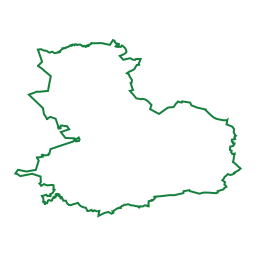 Irlavas pag., Tukums, Latvia (Natural Earth projection)
{"feature_id": "27541924B56900525469147", "entity_name": "Irlavas pag.", "entity_type": "district", "adm_level": 2, "iso_a3": "LVA", "parent_name": "Latvia", "parent_adm1": "Tukums", "projection": "natural_earth1", "projection_center": [22.976, 56.86], "detail": "fine", "context": "isolated", "style": "outline", "palette": "green", "viewbox_px": 256, "rotation_deg": 0, "n_neighbors": 0, "source": "geoboundaries", "source_scale": "gbopen_adm2", "svg_char_len": 5549}
<svg xmlns="http://www.w3.org/2000/svg" viewBox="0 0 256 256"><path d="M240.6,168.5L237.9,166.3L236.5,164.8L234.0,162.6L232.9,162.1L233.5,160.2L233.9,156.9L234.5,153.6L233.9,153.8L234.0,153.9L232.3,154.0L231.4,152.4L231.1,152.1L231.4,151.8L231.6,150.7L229.9,149.9L230.1,147.8L230.2,146.6L233.1,146.0L233.5,145.2L234.4,144.4L234.6,143.5L233.0,143.3L233.2,142.1L231.9,141.7L231.8,139.7L235.1,139.1L234.4,137.6L235.8,135.9L235.4,135.8L235.5,135.7L233.7,132.4L234.1,129.1L233.4,128.3L232.5,126.8L226.5,124.3L227.3,120.1L227.2,120.2L223.3,120.3L216.3,118.8L213.5,117.3L210.9,115.2L205.4,109.9L205.6,109.5L197.2,107.6L191.5,105.4L190.1,102.6L182.2,101.4L181.8,102.5L179.8,102.2L177.9,101.5L176.9,102.8L175.9,103.7L173.7,106.9L172.6,107.2L169.2,107.4L167.5,107.9L159.1,113.9L156.5,112.6L150.1,109.1L151.5,105.0L148.1,101.4L145.6,99.6L144.1,99.2L142.0,98.8L141.5,99.2L136.3,98.4L133.7,95.1L129.9,90.9L133.0,90.0L131.8,86.7L130.6,83.0L131.6,82.7L132.0,80.1L129.4,76.1L129.1,74.5L126.9,73.2L129.8,71.4L132.2,70.4L134.4,69.1L135.5,67.0L136.8,65.0L138.4,64.8L139.0,65.0L139.2,64.8L138.7,63.8L140.6,59.0L135.9,59.0L135.1,59.9L132.2,59.5L131.3,58.7L130.5,58.3L129.7,58.3L123.3,59.8L119.8,55.9L123.1,54.6L125.6,53.0L126.5,51.8L125.9,49.6L125.1,48.2L124.7,47.7L122.5,45.8L121.7,45.5L120.9,46.9L118.0,46.9L116.4,46.8L115.6,46.4L116.4,45.6L117.1,45.5L117.0,45.2L118.8,45.0L118.9,44.0L115.8,43.2L114.8,42.3L114.6,40.9L113.0,40.1L109.9,44.9L101.5,43.1L92.9,43.3L91.8,43.2L91.5,43.0L91.1,43.2L91.0,43.5L91.1,43.9L90.4,44.4L89.8,44.6L89.1,44.6L88.2,45.0L88.7,45.2L88.7,45.7L87.8,45.6L87.9,46.2L87.3,46.3L87.2,46.3L87.2,45.9L86.7,45.8L85.8,46.1L85.7,46.3L86.0,46.8L85.9,46.9L85.7,47.0L84.4,45.9L83.8,45.9L83.1,46.5L82.8,46.4L82.2,46.1L81.6,45.3L80.7,45.0L80.6,44.7L80.3,44.6L79.5,44.5L78.6,44.8L77.8,44.8L77.3,45.0L77.0,44.8L76.6,44.8L76.0,44.3L75.7,44.5L75.4,44.4L75.3,44.7L74.3,44.8L74.2,45.1L73.8,44.8L73.6,44.6L72.8,44.9L72.3,44.6L72.1,44.7L71.9,45.2L71.7,44.9L70.9,45.3L71.2,45.6L71.0,45.8L70.2,45.5L69.7,45.7L69.5,46.0L68.0,47.0L66.0,47.4L65.9,47.5L66.1,47.7L65.8,48.0L64.6,48.3L63.9,47.9L63.8,48.0L63.8,48.4L63.2,48.6L62.7,48.5L62.8,48.8L61.6,49.5L60.6,50.7L59.8,51.0L59.6,51.3L59.1,51.6L59.3,51.7L59.8,51.7L59.9,51.8L59.9,52.1L59.7,52.2L59.1,52.2L58.4,52.5L57.8,52.3L57.7,52.5L55.0,53.2L54.7,53.2L52.5,51.9L52.1,51.8L51.6,51.8L49.8,52.6L49.4,52.6L48.5,52.2L46.6,50.9L43.6,50.4L41.0,49.2L37.9,49.6L42.1,61.8L38.0,65.8L38.0,66.0L41.0,67.9L43.2,69.6L44.2,70.8L45.1,71.4L50.8,76.2L49.5,82.6L48.8,86.8L48.7,86.8L48.5,87.8L48.3,89.6L48.0,90.9L39.2,91.8L36.9,91.6L33.5,93.0L30.0,94.2L28.9,94.7L43.0,108.2L43.9,113.9L46.7,118.3L46.9,119.1L47.5,119.0L47.7,118.4L50.3,116.9L55.6,118.7L58.1,126.0L58.1,126.7L58.5,126.7L58.6,127.1L58.2,127.8L58.6,128.6L60.6,128.3L60.5,126.4L61.1,125.5L65.7,126.1L67.1,126.1L67.5,127.0L69.2,129.2L60.8,132.1L65.5,138.0L74.1,138.3L76.4,139.3L77.6,138.2L78.7,137.5L79.6,139.5L78.9,141.0L75.9,141.4L75.6,141.1L75.7,140.7L73.9,140.4L73.4,141.4L73.2,141.5L59.3,146.1L50.5,149.1L49.4,153.6L48.7,153.7L48.8,154.4L48.4,155.0L44.9,155.4L42.6,154.7L41.9,155.0L42.8,156.6L38.7,157.5L37.7,157.3L36.9,157.4L37.0,157.8L38.7,160.6L35.8,169.9L26.3,171.5L18.0,169.8L15.4,173.5L16.4,173.7L17.7,174.3L20.3,176.1L32.2,173.8L34.0,174.4L40.6,176.5L40.6,177.4L40.7,178.5L40.7,180.8L40.8,180.9L40.9,182.3L39.4,183.6L40.9,185.1L41.2,185.8L44.0,184.1L47.1,185.4L52.4,184.9L53.5,185.2L53.6,185.8L53.6,187.1L53.5,188.0L53.3,189.3L54.6,189.6L54.4,190.2L52.5,193.1L50.2,194.2L50.7,195.8L50.4,196.1L48.4,195.8L47.8,196.2L47.1,195.8L46.4,194.7L43.9,195.6L41.9,195.9L42.1,196.5L43.2,197.9L43.4,200.0L43.5,200.4L43.1,201.4L43.2,201.7L43.3,202.0L43.8,201.8L44.6,201.8L44.8,201.9L44.6,202.3L44.6,203.5L44.8,204.0L45.1,204.0L45.4,203.5L45.9,203.0L46.9,203.3L47.2,203.1L47.7,201.3L48.1,200.5L48.5,200.2L49.0,200.1L51.2,200.8L51.8,200.6L52.1,200.4L52.1,199.6L52.4,198.8L53.0,198.1L53.4,198.0L53.8,198.2L54.1,198.0L53.7,197.5L53.8,197.2L54.7,197.4L55.4,197.3L55.4,197.0L54.8,196.6L55.8,196.4L56.6,195.5L56.8,195.3L56.8,194.9L55.9,194.8L55.7,194.5L56.0,194.2L57.3,193.8L59.4,194.5L59.6,194.9L59.4,195.1L58.7,195.6L58.6,195.9L59.1,196.2L59.9,196.6L60.8,196.8L60.7,197.1L60.4,197.3L60.3,197.6L60.5,198.1L60.8,198.4L61.6,197.8L62.0,197.6L63.3,200.7L65.9,200.7L66.3,201.6L67.2,203.4L68.9,205.0L71.0,205.1L72.2,204.6L78.0,202.9L79.4,205.0L81.0,206.2L83.3,207.2L86.0,207.9L87.4,211.0L88.7,210.9L91.6,209.9L91.7,210.0L91.6,210.7L92.7,211.1L93.4,211.1L93.7,210.7L94.6,210.3L95.5,210.9L96.1,211.1L97.5,211.3L99.3,210.9L98.4,215.9L104.7,212.9L108.4,212.0L111.4,213.7L113.3,212.9L112.6,211.5L113.4,211.6L113.7,210.8L117.6,208.2L118.5,208.3L119.0,207.8L120.6,208.0L120.4,207.1L120.8,206.8L121.3,206.8L122.0,206.0L122.7,205.9L123.7,205.0L124.0,204.8L126.5,204.7L127.4,204.3L128.7,204.3L130.7,205.3L134.0,205.6L136.1,206.2L138.0,206.3L138.6,207.3L139.3,207.5L139.7,206.7L140.1,206.2L141.5,206.5L142.8,206.4L143.7,206.0L144.6,205.4L146.6,205.5L147.0,205.6L147.4,206.2L148.7,206.3L148.5,203.9L148.7,201.2L149.6,201.2L150.3,200.9L151.5,200.9L151.4,200.1L152.1,200.0L152.6,200.1L152.8,199.9L153.4,199.9L155.4,197.6L155.2,197.2L154.3,196.8L154.4,196.7L161.7,196.1L169.9,195.1L174.2,195.2L183.4,193.1L183.6,191.2L189.4,190.2L189.8,191.1L199.6,193.7L203.2,192.6L208.3,192.6L215.8,193.2L217.8,192.5L217.6,191.2L223.6,189.3L224.3,188.0L226.4,186.9L225.5,185.3L224.4,184.7L224.6,183.4L225.1,182.3L224.2,181.5L222.4,180.4L224.0,178.3L224.5,177.0L226.1,175.8L227.8,174.1L230.3,175.0L232.3,174.5L234.5,173.4L234.1,172.7L236.5,171.5L238.9,170.0L240.6,168.5Z" fill="none" stroke="#15803d" stroke-width="2"/></svg>